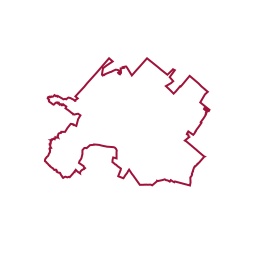 the district of Romita, Guanajuato, Mexico, rotated 34°
{"feature_id": "50627088B33235829634906", "entity_name": "Romita", "entity_type": "district", "adm_level": 2, "iso_a3": "MEX", "parent_name": "Mexico", "parent_adm1": "Guanajuato", "projection": "mercator", "projection_center": [-101.614, 20.816], "detail": "fine", "context": "isolated", "style": "outline", "palette": "rose", "viewbox_px": 256, "rotation_deg": 34, "n_neighbors": 0, "source": "geoboundaries", "source_scale": "gbopen_adm2", "svg_char_len": 5439}
<svg xmlns="http://www.w3.org/2000/svg" viewBox="0 0 256 256"><g transform="rotate(34 128 128)"><path d="M51.9,140.7L51.9,141.5L50.3,141.5L50.1,142.0L48.7,141.8L48.5,142.6L48.5,143.2L48.3,143.9L48.0,144.2L47.5,144.6L47.4,144.7L47.1,144.7L46.9,145.2L46.6,145.6L46.3,145.3L45.6,146.1L45.3,146.0L44.5,147.2L44.7,148.1L44.8,148.3L45.6,148.3L45.7,148.5L46.6,148.7L46.6,148.8L46.5,149.0L47.0,149.5L47.4,149.6L47.6,150.1L48.3,150.3L50.4,150.2L51.2,150.3L52.4,150.4L53.2,150.3L53.4,150.2L53.5,149.8L53.9,147.7L54.0,147.4L54.5,146.8L55.4,146.1L56.2,145.8L56.2,146.8L56.7,146.7L57.2,146.4L58.2,146.9L58.6,146.1L60.0,146.2L60.0,145.4L61.1,145.5L61.1,144.6L62.4,144.7L64.9,144.7L65.1,145.8L65.1,146.6L67.1,146.7L68.6,146.6L69.1,146.7L70.6,146.8L73.3,147.1L73.7,146.9L74.9,147.0L75.0,147.3L76.2,146.7L76.5,146.3L77.7,145.0L78.6,144.1L81.5,144.1L81.7,148.5L84.0,155.2L83.0,155.4L82.8,155.4L81.6,155.6L81.2,155.5L81.2,155.9L80.1,156.0L79.5,155.9L78.2,156.6L77.8,161.9L78.0,166.4L74.8,168.5L75.2,169.5L73.8,170.9L73.6,172.1L74.3,173.5L74.1,174.1L75.1,174.8L74.8,174.8L74.9,175.2L74.8,175.5L74.3,175.6L73.9,176.2L72.9,176.3L73.1,176.8L73.5,178.3L72.4,178.4L72.4,178.7L71.9,179.4L71.7,179.4L71.5,179.7L71.6,179.9L71.4,180.1L71.1,180.1L70.9,180.5L71.0,180.9L71.2,181.0L70.8,181.3L71.0,181.3L71.5,181.2L71.6,183.1L72.2,183.3L72.3,183.4L72.3,183.6L72.5,184.0L72.6,184.3L72.3,184.5L72.2,184.8L72.0,185.1L72.4,185.6L72.9,185.4L73.3,186.0L73.9,186.6L74.1,187.0L75.4,187.5L75.1,187.9L74.9,188.3L75.0,188.5L74.7,188.9L74.4,188.8L74.4,189.0L75.3,189.8L75.9,190.1L76.0,190.2L76.3,191.0L76.6,191.3L76.9,192.1L76.9,192.3L76.8,192.7L76.8,193.2L77.1,194.5L77.3,195.1L77.3,196.0L77.2,196.6L76.9,197.2L76.8,197.9L76.9,198.4L76.7,199.3L76.9,200.5L77.6,201.9L78.1,202.0L78.4,201.9L79.0,201.9L79.4,202.0L80.0,202.4L80.5,202.3L80.8,202.4L81.1,202.4L81.3,202.5L82.0,202.6L83.0,203.0L83.6,203.0L83.9,202.9L84.0,202.9L84.4,203.3L84.6,203.4L85.1,203.2L86.3,203.5L88.2,203.4L88.8,203.5L89.3,203.8L90.2,204.0L90.4,204.0L90.6,203.9L90.9,203.4L91.3,203.0L91.6,202.8L91.8,202.8L92.1,202.9L92.6,203.0L92.8,203.6L93.1,204.1L93.6,204.1L93.7,203.9L93.8,203.9L94.0,204.0L94.5,204.0L95.0,204.0L95.8,203.7L96.0,203.5L96.2,203.4L96.5,203.3L96.7,203.2L96.9,203.3L97.0,203.4L97.5,203.6L97.7,203.9L98.1,204.0L99.2,204.6L99.5,204.7L99.8,204.8L100.1,204.8L100.3,204.8L100.5,204.9L100.7,205.2L101.0,205.3L101.9,205.7L102.2,205.6L102.3,205.5L102.7,204.2L102.9,203.9L103.3,203.4L103.9,203.2L105.3,202.9L105.5,202.7L105.8,202.2L106.1,201.8L106.3,201.5L106.8,201.3L107.2,201.3L107.9,196.1L108.0,194.1L108.3,194.1L108.0,193.3L108.1,192.0L108.1,191.9L109.4,192.2L110.6,192.4L113.5,192.4L112.9,191.8L113.1,190.9L113.0,190.6L113.0,190.1L113.2,189.0L114.1,186.9L114.5,186.7L114.6,186.1L114.8,185.3L113.6,185.2L112.5,184.4L106.9,184.4L106.3,182.6L106.4,180.6L106.3,179.2L104.8,175.1L103.4,173.0L102.6,171.8L102.9,169.9L102.9,169.3L103.1,168.9L103.7,168.4L104.5,167.9L105.0,167.8L105.8,164.7L106.1,163.5L109.2,160.9L109.1,160.6L113.4,158.2L116.0,157.3L121.1,155.2L124.0,153.5L126.9,151.9L127.9,151.7L128.7,151.7L129.7,152.0L130.9,152.7L131.3,153.0L131.9,154.3L135.5,159.6L132.2,160.7L133.0,163.0L134.2,165.0L134.3,165.0L135.6,165.0L137.7,165.3L137.9,165.3L138.6,165.1L140.7,165.5L144.8,165.6L145.4,166.9L146.8,173.4L147.7,173.3L152.3,172.2L152.2,168.1L152.3,167.6L152.4,166.0L152.3,164.5L152.2,163.9L152.2,161.9L154.6,162.9L155.0,163.1L157.3,164.0L159.2,164.6L169.6,168.5L172.0,166.8L172.4,166.5L172.8,166.3L173.7,165.5L174.0,165.4L174.8,164.7L175.5,164.4L178.6,162.2L180.1,162.0L181.8,156.0L181.6,155.5L182.2,155.4L182.4,155.3L185.7,151.9L187.2,150.0L188.7,150.0L189.9,149.4L190.7,149.2L192.6,149.1L192.6,147.3L194.6,147.3L196.7,147.1L196.8,146.1L211.5,141.0L210.3,138.2L207.3,134.1L207.5,132.6L207.2,130.8L206.6,130.4L206.3,129.0L206.3,128.9L206.1,127.7L205.9,127.7L205.0,124.4L204.8,122.7L205.1,122.7L205.8,119.4L205.6,119.4L205.6,119.0L206.3,116.9L206.9,111.9L207.0,111.4L207.2,109.2L207.4,108.9L206.6,109.0L198.5,108.1L196.6,107.8L195.1,107.7L193.6,107.5L184.2,106.5L182.2,106.6L182.6,105.2L183.8,101.4L183.1,101.5L182.3,100.2L180.6,100.2L180.3,100.2L180.3,99.2L180.0,99.2L179.9,97.1L185.9,97.2L186.1,95.6L186.0,92.8L185.8,92.8L185.8,92.5L185.8,90.5L186.0,86.6L186.0,82.6L185.0,82.5L185.2,78.7L185.2,75.5L185.0,73.2L184.6,73.1L184.6,71.5L183.9,71.4L183.8,70.1L180.4,69.8L180.3,69.0L184.7,69.3L184.7,68.6L185.5,68.6L185.4,67.4L173.6,66.4L173.0,57.1L173.9,53.4L165.3,52.4L161.6,51.6L150.0,50.3L149.5,54.8L148.9,61.0L148.5,64.2L147.9,64.2L147.2,70.9L146.6,74.0L141.6,73.0L136.0,72.1L138.6,66.7L139.3,63.9L134.1,62.5L134.5,53.9L132.0,54.2L131.8,54.3L132.5,54.3L130.9,61.8L122.9,61.2L118.2,60.7L104.8,59.6L103.3,71.0L102.7,75.1L101.8,82.3L93.2,78.4L91.9,78.1L90.2,79.9L90.6,80.0L90.7,80.4L90.5,80.5L90.8,80.6L90.0,81.4L88.6,82.7L91.4,86.2L91.3,88.0L89.5,88.1L88.9,87.7L89.4,86.9L89.3,86.5L89.4,86.1L89.5,86.0L89.1,85.5L88.1,85.4L87.6,85.5L87.3,85.7L86.9,85.7L85.3,86.4L84.9,87.0L83.7,88.9L83.6,89.1L82.5,91.1L82.1,91.4L81.8,91.8L80.8,93.4L79.7,95.0L78.9,96.3L79.0,96.4L78.6,97.4L78.3,97.3L77.6,98.6L77.0,98.3L76.8,98.4L76.5,98.2L75.7,96.5L74.9,94.9L73.9,92.3L75.5,87.7L78.1,81.4L73.3,80.8L71.1,99.6L69.1,113.8L68.7,118.3L66.7,131.2L69.8,131.6L69.0,133.8L68.9,133.8L68.6,134.8L69.0,135.1L68.9,135.2L68.0,135.0L66.3,135.0L66.0,135.1L65.5,135.2L63.9,135.3L61.9,135.9L61.6,136.1L61.4,136.5L61.1,137.3L60.9,138.2L60.7,138.8L59.6,139.0L58.5,140.3L51.9,140.7Z" fill="none" stroke="#9f1239" stroke-width="2"/></g></svg>